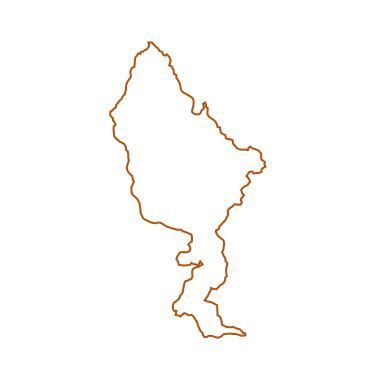 the district of Major Vieira, Santa Catarina, Brazil, rotated 328°
{"feature_id": "56859067B24004829696766", "entity_name": "Major Vieira", "entity_type": "district", "adm_level": 2, "iso_a3": "BRA", "parent_name": "Brazil", "parent_adm1": "Santa Catarina", "projection": "albers", "projection_center": [-50.373, -26.509], "detail": "fine", "context": "isolated", "style": "outline", "palette": "amber", "viewbox_px": 384, "rotation_deg": 328, "n_neighbors": 0, "source": "geoboundaries", "source_scale": "gbopen_adm2", "svg_char_len": 4611}
<svg xmlns="http://www.w3.org/2000/svg" viewBox="0 0 384 384"><g transform="rotate(328 192 192)"><path d="M157.8,258.7L155.1,257.8L152.1,257.8L150.5,258.9L148.9,261.3L147.8,263.8L145.6,265.3L143.4,265.0L141.5,264.8L139.0,264.2L136.2,266.2L134.2,268.6L132.2,270.5L131.1,272.0L129.2,273.1L127.3,273.6L125.9,274.7L124.0,275.8L121.9,276.0L120.0,276.3L118.0,276.4L116.0,277.7L114.7,279.5L113.9,281.4L113.9,283.4L115.8,284.7L114.3,286.1L112.9,287.5L114.7,289.2L116.3,291.4L118.5,290.9L121.1,290.6L122.9,292.6L123.6,294.7L126.4,295.8L127.4,298.9L127.2,301.4L127.3,303.6L127.3,305.6L126.5,307.7L126.1,309.9L125.7,312.5L125.6,315.3L126.3,317.4L125.4,319.5L125.8,321.9L128.0,322.7L129.8,322.8L131.6,323.8L133.6,325.7L135.1,327.6L136.6,329.2L138.6,329.8L141.0,329.9L143.1,329.3L145.4,330.2L147.4,331.2L149.6,332.5L151.4,334.1L153.9,335.6L155.9,337.9L157.0,339.4L159.1,340.9L161.4,341.8L162.2,340.0L160.5,338.5L160.5,336.2L159.7,333.8L158.5,332.4L156.6,330.3L155.7,328.3L152.8,327.1L149.7,324.7L148.3,322.5L147.0,320.3L148.5,317.7L149.2,315.2L149.6,312.5L148.3,310.0L150.0,307.3L151.1,305.1L152.1,303.5L153.3,301.3L151.8,298.7L150.6,296.5L149.1,294.8L147.4,293.3L145.3,290.6L147.4,289.7L149.6,288.9L151.7,287.6L153.3,286.4L155.4,285.6L157.2,283.5L158.6,285.5L161.1,287.4L163.9,286.8L166.8,285.9L169.0,286.2L171.1,285.6L173.5,284.2L174.8,282.2L176.8,282.0L177.6,280.1L178.6,278.0L179.7,276.3L180.8,274.6L182.6,273.0L184.3,271.2L183.9,268.1L185.1,266.0L185.1,262.6L185.6,259.0L187.7,257.9L189.5,255.7L192.1,252.7L193.1,249.8L192.4,247.8L191.6,245.6L190.7,242.4L190.9,239.3L192.0,237.3L194.8,237.8L197.2,235.6L199.5,235.2L202.0,234.3L204.9,233.9L207.3,232.3L209.3,231.2L210.9,230.1L211.9,227.4L214.1,226.0L216.9,225.7L219.2,225.7L221.5,224.9L223.8,226.8L226.4,228.4L228.7,227.4L228.9,224.9L230.7,223.3L232.5,223.1L234.3,222.3L233.9,219.2L234.9,216.2L237.8,215.3L240.7,215.2L242.8,215.6L244.6,214.7L246.6,214.3L247.0,212.3L247.2,209.8L246.6,207.4L248.3,206.6L251.5,205.4L253.8,206.4L254.0,208.9L255.7,209.7L257.4,210.3L258.8,211.5L261.6,211.6L262.9,209.7L264.9,209.3L267.7,209.4L268.1,206.9L269.7,205.3L268.9,203.2L268.1,201.3L269.1,199.0L271.1,196.1L270.6,193.6L269.9,191.4L268.5,189.4L266.4,187.0L265.3,184.2L263.4,184.5L261.4,186.1L259.6,184.1L256.8,182.6L254.8,181.0L253.3,178.6L253.0,175.7L252.4,172.9L253.9,169.6L251.9,167.1L250.3,165.9L249.2,164.1L250.5,161.5L248.8,159.2L247.9,156.6L248.8,154.8L249.9,152.1L248.1,150.5L249.0,147.5L249.2,145.0L248.5,142.2L247.1,139.3L246.2,136.8L246.3,134.1L248.2,131.5L249.8,129.1L249.0,127.1L250.1,125.5L250.6,123.1L248.0,123.1L247.4,125.8L246.0,127.6L243.4,127.9L241.4,129.5L238.8,129.8L236.6,128.3L235.2,126.8L234.5,124.1L236.2,121.9L238.2,120.3L240.1,118.0L241.2,116.3L242.1,114.4L242.1,112.1L241.3,110.2L240.3,108.3L239.3,106.5L237.9,104.0L236.8,101.8L237.0,99.1L238.1,96.3L239.2,93.0L239.4,88.9L239.2,87.0L240.8,84.4L239.2,82.4L240.8,79.2L241.4,75.0L239.8,72.5L241.8,70.8L243.7,69.1L244.3,65.7L243.7,62.0L241.7,62.2L240.4,60.6L240.8,57.4L239.2,55.2L239.3,52.6L238.4,49.8L237.7,46.5L237.1,43.8L234.2,42.2L233.8,44.4L232.0,46.1L229.6,47.0L226.8,46.7L224.9,47.1L223.0,46.0L221.4,47.5L219.9,46.0L217.9,47.0L215.3,47.9L212.9,50.7L211.0,53.4L209.3,55.4L206.9,54.9L205.2,56.0L203.4,57.3L202.5,59.1L201.6,61.5L200.1,62.5L197.9,63.3L195.7,64.3L194.0,65.5L192.6,66.8L191.4,68.1L190.4,70.0L188.4,72.0L186.9,73.4L185.1,73.8L183.2,74.6L181.0,76.0L178.8,76.2L176.6,77.2L173.7,78.1L172.1,80.0L169.8,80.0L168.0,80.6L165.4,80.7L164.0,82.5L163.2,84.4L164.0,87.4L163.0,89.2L163.3,92.2L162.7,94.6L160.4,94.9L158.5,97.5L157.0,100.7L155.5,103.7L156.0,106.7L157.0,109.7L157.9,111.8L158.9,113.5L159.9,115.5L159.9,118.5L158.5,120.9L159.0,123.9L157.7,126.8L156.3,128.7L155.2,131.7L152.9,133.7L149.7,136.6L148.6,139.8L148.7,142.5L149.7,146.8L148.5,150.1L148.0,152.7L145.4,154.4L142.8,156.1L141.6,158.4L140.1,161.1L140.3,163.7L141.1,165.8L141.9,169.0L141.7,171.6L141.5,173.8L140.3,176.3L139.6,178.4L138.7,180.1L137.5,182.0L137.1,184.3L136.6,188.2L137.7,190.8L139.6,193.7L140.9,195.8L142.6,197.7L144.6,199.3L147.0,199.8L149.2,201.7L150.6,204.4L151.9,207.2L153.6,209.6L155.0,211.5L156.8,213.3L158.3,214.9L160.1,216.6L162.4,217.9L163.7,220.8L165.7,223.1L167.2,225.3L168.8,227.4L168.5,229.6L167.1,231.7L165.7,233.9L163.4,233.8L161.0,234.6L161.3,237.5L160.5,239.5L158.4,240.8L155.6,240.5L153.5,238.8L149.9,236.8L147.9,237.6L145.8,238.6L143.2,240.5L143.3,243.5L142.3,246.8L144.1,248.4L146.1,249.9L147.8,250.9L149.9,252.0L151.8,252.7L154.0,252.0L154.9,253.8L157.2,255.7L157.8,258.7ZM157.8,258.7L159.4,256.9L162.2,255.2L162.5,259.1L159.7,258.9L157.8,258.7Z" fill="none" stroke="#b45309" stroke-width="2"/></g></svg>